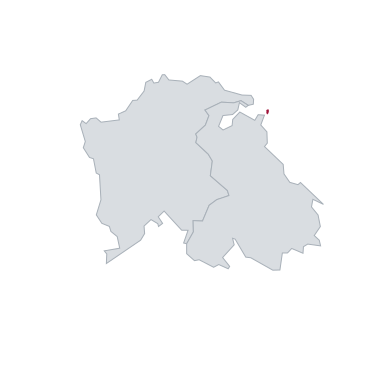 Aruba highlighted among its neighbors, rotated 47°
{"feature_id": "ABW", "entity_name": "Aruba", "entity_type": "country or territory", "adm_level": 0, "iso_a3": "ABW", "parent_name": "North America", "parent_adm1": "", "projection": "orthographic", "projection_center": [-69.968, 12.519], "detail": "fine", "context": "with_neighbors", "style": "filled", "palette": "rose", "viewbox_px": 384, "rotation_deg": 47, "n_neighbors": 2, "source": "natural_earth", "source_scale": "50m", "svg_char_len": 2201}
<svg xmlns="http://www.w3.org/2000/svg" viewBox="0 0 384 384"><g transform="rotate(47 192 192)"><path d="M226.2,231.2L223.6,232.9L217.3,221.0L212.9,225.6L186.9,225.4L187.1,233.6L194.9,234.9L194.4,240.0L191.8,238.6L184.2,240.8L184.2,250.3L190.1,255.0L192.2,262.4L185.9,303.4L179.2,296.6L175.2,296.3L183.8,283.2L173.6,277.1L165.6,278.2L160.8,275.9L153.4,279.3L143.5,277.6L135.6,263.9L116.3,247.9L112.8,249.1L100.5,241.4L96.8,243.4L85.5,241.3L82.3,235.6L66.6,227.8L64.9,223.7L69.8,222.8L69.2,216.2L72.4,211.6L78.9,210.9L89.7,196.0L84.8,192.7L87.4,185.1L84.6,172.9L87.4,169.5L85.5,158.2L80.3,151.0L82.1,144.6L86.3,145.6L88.9,141.7L86.0,133.8L87.6,131.9L94.3,132.5L104.4,123.4L109.8,122.1L112.6,106.5L120.2,100.5L128.4,100.3L129.5,97.6L139.7,98.8L155.2,89.3L161.6,82.9L166.2,83.7L169.6,87.3L167.0,91.8L158.6,93.9L155.3,100.6L146.3,109.3L140.9,126.6L147.7,127.5L152.2,136.6L152.1,149.7L155.3,150.9L158.5,155.5L175.5,154.3L183.2,156.0L192.6,167.5L215.1,165.1L219.8,167.4L214.5,179.0L213.4,188.5L220.4,204.1L213.7,210.7L222.1,218.2L226.2,231.2Z" fill="#d9dde1" stroke="#a8b0b8" stroke-width="1"/><path d="M298.2,167.5L309.0,180.9L304.3,186.2L280.1,193.9L276.3,197.1L255.9,192.6L253.5,193.9L259.4,197.2L260.8,214.3L272.1,215.2L272.8,217.9L263.3,221.9L261.8,227.5L246.4,233.0L243.9,237.0L233.5,238.0L226.2,231.2L222.1,218.2L213.7,210.7L220.4,204.1L213.4,188.5L214.5,179.0L219.8,167.4L215.1,165.1L192.6,167.5L183.2,156.0L175.5,154.3L158.5,155.5L155.3,150.9L152.1,149.7L152.2,136.6L147.7,127.5L140.9,126.6L146.3,109.3L155.3,100.6L158.6,93.9L167.0,91.8L166.7,94.9L159.0,96.4L163.2,102.5L163.0,109.5L157.2,117.2L162.1,127.8L167.8,127.0L170.8,117.4L166.7,112.7L166.1,102.5L182.4,97.2L180.6,90.9L185.2,86.6L189.9,96.0L199.1,96.2L207.6,103.6L208.2,108.0L234.0,106.5L241.5,112.4L251.6,113.9L258.9,109.5L259.0,106.2L290.7,104.3L279.8,108.6L284.4,114.8L294.8,115.5L304.8,121.7L307.2,132.3L314.0,131.8L319.1,134.7L309.0,142.9L308.0,147.8L312.5,152.6L301.3,157.6L301.7,163.7L298.2,167.5Z" fill="#d9dde1" stroke="#a8b0b8" stroke-width="1"/><path d="M185.8,82.8L185.8,83.2L185.2,83.0L184.4,82.1L183.6,81.5L183.8,80.8L184.0,80.6L184.8,81.2L185.6,82.4L185.8,82.8Z" fill="#f43f5e" stroke="#9f1239" stroke-width="1.5"/></g></svg>